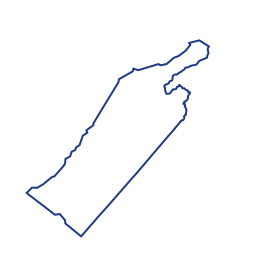 Washington, New York, United States of America (orthographic projection), rotated 39°
{"feature_id": "52423323B92557929546558", "entity_name": "Washington", "entity_type": "district", "adm_level": 2, "iso_a3": "USA", "parent_name": "United States of America", "parent_adm1": "New York", "projection": "orthographic", "projection_center": [-73.385, 43.375], "detail": "fine", "context": "isolated", "style": "outline", "palette": "blue", "viewbox_px": 256, "rotation_deg": 39, "n_neighbors": 0, "source": "geoboundaries", "source_scale": "gbopen_adm2", "svg_char_len": 2231}
<svg xmlns="http://www.w3.org/2000/svg" viewBox="0 0 256 256"><g transform="rotate(39 128 128)"><path d="M98.2,146.1L99.3,147.6L97.1,156.0L99.3,157.3L97.7,162.4L101.1,171.7L99.9,175.9L100.8,178.4L99.1,181.9L100.9,186.5L98.9,191.4L101.5,195.4L101.8,198.4L101.2,212.1L99.8,213.7L97.6,224.8L95.0,231.7L90.9,234.7L90.1,242.2L92.2,242.3L112.9,241.7L125.8,241.4L129.2,237.8L137.1,239.3L139.4,241.6L159.8,241.7L160.6,218.7L160.6,217.4L161.3,203.8L161.4,201.5L162.6,169.7L162.7,166.2L163.1,158.5L163.5,143.9L163.7,133.3L163.8,131.0L163.8,129.2L164.5,105.1L164.6,102.8L164.8,91.1L164.9,90.0L164.7,90.0L164.7,88.9L164.9,88.2L165.5,87.7L165.8,87.3L165.9,86.5L165.8,85.8L165.1,84.4L164.9,84.0L164.7,83.7L164.2,83.6L164.2,81.7L164.5,81.2L164.5,80.8L163.7,80.0L162.6,77.9L161.5,76.9L160.5,76.1L158.5,75.5L158.3,75.2L158.2,74.6L157.6,74.1L155.9,74.3L155.7,74.2L155.6,73.9L155.7,73.3L156.2,72.8L156.1,72.6L155.3,72.0L156.0,70.6L156.0,70.3L156.2,69.2L156.1,68.0L155.9,67.3L155.0,66.0L154.6,65.8L154.3,62.3L154.2,61.9L153.9,61.5L153.5,61.3L153.2,61.4L152.6,62.3L152.2,62.2L151.3,61.5L150.1,61.4L149.4,61.9L146.6,61.8L145.6,62.8L143.5,62.1L143.4,62.2L142.2,62.5L141.8,62.5L141.5,62.2L140.9,62.2L140.8,62.7L141.3,63.5L140.4,64.8L140.2,65.4L140.9,67.1L140.8,67.4L140.6,67.8L139.8,68.8L138.7,69.5L138.7,72.7L138.9,74.2L138.8,74.8L138.6,75.1L137.1,76.6L136.4,77.1L135.9,77.1L135.5,76.9L134.5,76.3L132.3,74.6L131.7,73.6L130.5,73.2L130.1,72.9L129.7,72.1L129.6,71.8L129.8,71.2L130.8,69.0L131.5,67.9L131.4,67.0L131.0,65.8L131.1,65.4L132.2,63.3L132.2,63.0L132.1,62.5L130.3,59.6L130.1,59.1L130.5,57.5L130.8,57.0L131.1,56.6L132.0,56.1L132.6,54.9L132.8,53.3L134.0,50.4L134.1,49.6L134.2,49.3L134.8,47.2L134.9,46.4L134.6,45.4L134.7,44.9L135.2,44.1L135.9,43.7L136.4,43.2L136.8,42.5L137.1,41.4L138.3,39.3L138.8,38.6L139.8,37.7L141.2,35.7L141.3,34.7L141.2,33.0L141.2,31.2L141.4,30.7L142.6,28.3L144.2,25.4L145.0,23.8L145.0,23.4L144.2,22.1L144.0,21.6L143.7,19.7L142.7,18.6L141.6,17.7L140.1,16.3L139.9,15.8L139.7,14.4L139.5,13.8L139.5,13.7L128.3,15.0L122.0,23.4L124.1,24.2L124.2,31.6L121.9,40.5L119.5,44.4L117.7,54.1L113.8,58.8L111.4,59.2L99.5,76.7L94.9,78.4L96.0,81.1L90.3,95.7L91.8,98.6L95.4,125.6L98.2,146.1Z" fill="none" stroke="#1e3a8a" stroke-width="2"/></g></svg>